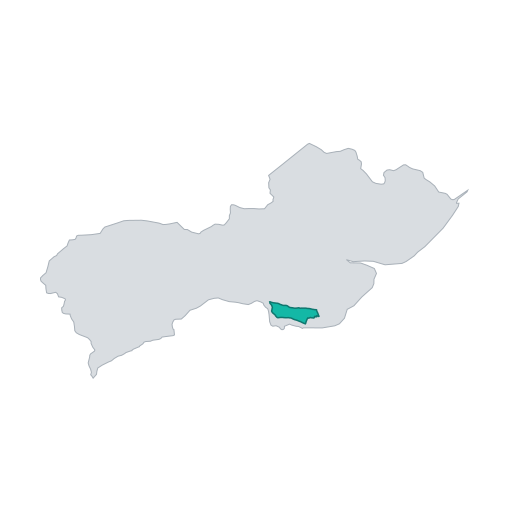 VI-5 Left Bank Upper Canj, East Berbice-Corentyne, Guyana (highlighted), rotated 85°
{"feature_id": "73187651B6333666971836", "entity_name": "VI-5 Left Bank Upper Canj", "entity_type": "district", "adm_level": 2, "iso_a3": "GUY", "parent_name": "Guyana", "parent_adm1": "East Berbice-Corentyne", "projection": "equal_earth", "projection_center": [-57.57, 5.44], "detail": "fine", "context": "in_parent", "style": "filled", "palette": "teal", "viewbox_px": 512, "rotation_deg": 85, "n_neighbors": 0, "source": "geoboundaries", "source_scale": "gbopen_adm2", "svg_char_len": 6097}
<svg xmlns="http://www.w3.org/2000/svg" viewBox="0 0 512 512"><g transform="rotate(85 256 256)"><path d="M176.8,236.4L167.6,222.5L158.3,208.6L149.1,194.8L148.5,193.0L152.4,186.4L155.8,181.7L158.7,179.1L160.0,176.7L159.0,166.6L159.1,163.0L157.8,159.1L156.8,154.7L158.0,151.0L159.4,148.4L161.2,147.4L165.4,146.5L168.5,146.2L169.5,144.7L171.3,143.0L173.6,142.9L178.1,144.1L180.1,141.9L183.9,138.8L192.2,133.6L194.1,130.3L195.4,125.0L195.3,122.5L194.4,121.6L192.4,120.7L189.2,120.6L186.7,122.0L184.0,121.2L181.8,118.0L181.7,115.3L183.0,111.5L182.3,109.0L178.1,101.1L178.2,98.9L181.2,95.3L182.9,92.3L185.3,85.0L187.2,82.6L193.0,81.7L194.5,80.2L197.4,76.3L201.8,71.9L208.2,68.4L210.1,62.0L211.2,60.3L216.3,56.9L217.1,55.1L217.0,53.6L208.9,39.3L210.5,40.2L216.8,49.6L220.3,51.6L221.0,51.6L221.1,49.2L224.3,50.2L232.5,56.6L244.6,67.2L261.5,87.1L266.3,94.7L269.6,98.3L274.6,107.0L276.1,111.2L276.0,128.2L271.5,139.6L270.4,148.3L270.1,159.7L267.5,166.3L271.0,162.7L272.1,152.4L275.0,146.1L278.8,139.2L283.9,137.5L289.4,140.5L293.8,141.0L297.7,143.0L306.0,154.1L314.1,162.8L317.1,169.8L325.7,173.3L330.8,178.8L332.4,183.6L333.4,196.1L331.7,215.0L332.2,216.0L329.9,219.7L329.5,222.1L328.0,226.3L326.8,228.5L328.5,233.8L330.4,234.0L331.2,234.7L331.7,235.7L331.6,236.8L330.8,237.8L328.9,239.1L327.2,242.1L327.4,245.4L326.2,247.1L322.7,248.1L315.7,248.1L312.3,248.3L309.6,248.9L307.8,251.0L305.5,252.5L303.7,252.9L302.1,255.4L300.6,258.9L301.1,261.4L302.7,264.6L303.7,267.9L302.4,273.3L301.0,277.4L300.2,280.6L299.1,286.7L296.5,293.4L294.5,297.2L294.5,301.4L295.5,307.2L301.0,315.8L302.8,319.9L304.3,326.5L309.2,331.7L312.3,335.9L312.0,341.4L312.4,343.1L314.3,344.5L316.7,345.6L319.3,345.5L321.6,345.0L322.1,344.2L327.5,344.1L328.1,345.5L328.4,353.5L328.6,356.7L329.9,358.0L330.6,360.0L330.7,361.8L330.9,366.2L331.7,368.6L331.6,373.3L332.1,375.1L333.6,376.3L335.5,379.7L336.2,380.1L336.5,381.3L338.1,386.2L338.9,387.6L339.5,387.8L339.7,389.5L340.9,394.1L341.7,395.2L343.2,398.5L343.8,402.2L345.8,406.3L347.8,409.1L348.7,412.1L351.3,418.7L353.8,423.4L357.1,424.6L360.0,425.2L361.7,427.0L363.5,428.9L361.6,429.8L359.9,431.0L357.6,430.1L354.4,430.6L351.0,431.9L347.9,432.5L342.1,430.5L340.3,430.2L339.1,429.3L336.7,425.2L335.6,424.7L332.5,426.6L328.7,427.9L326.9,427.7L324.7,429.1L322.7,430.9L318.8,438.9L316.8,441.7L314.7,443.0L310.4,443.0L305.9,443.3L302.5,445.2L299.3,446.2L297.7,446.3L297.1,450.7L296.4,452.7L295.4,453.9L292.9,454.2L290.7,454.1L289.3,452.2L286.8,451.3L284.6,450.7L283.1,449.6L282.0,449.9L281.0,451.7L280.2,453.3L279.5,456.2L276.2,457.1L274.7,458.7L275.5,464.1L275.2,466.2L274.4,467.8L270.4,468.1L266.9,468.0L264.9,470.0L262.4,472.3L260.8,472.7L259.1,472.6L256.7,469.9L254.4,466.6L248.6,464.3L242.9,462.4L239.1,457.2L238.2,454.6L236.5,453.5L232.0,447.2L229.5,443.3L226.9,442.2L223.8,440.5L223.9,437.6L223.7,434.8L222.4,433.7L220.5,433.0L219.9,431.4L220.1,427.7L220.4,418.3L219.9,409.3L215.8,406.2L214.0,404.1L210.9,390.7L209.4,384.7L209.4,380.3L210.4,367.0L211.6,361.2L214.8,349.7L216.6,345.8L216.7,342.9L216.5,339.1L215.6,331.7L221.0,327.1L223.3,325.1L223.7,322.0L226.6,318.0L227.9,314.2L228.9,311.3L228.6,309.7L227.4,308.8L225.9,306.0L222.8,297.9L221.7,296.2L220.7,294.0L221.2,290.4L222.4,286.5L222.3,284.9L220.4,282.8L216.6,279.3L213.4,279.0L210.9,277.7L207.3,277.6L204.4,277.2L202.8,275.9L203.1,273.7L203.8,272.1L206.3,268.0L207.9,263.6L208.1,259.4L208.6,253.8L209.4,248.9L209.7,243.4L205.9,239.8L204.7,236.9L203.1,234.2L201.4,234.2L198.8,233.1L194.7,236.6L191.4,235.9L189.2,237.2L184.1,237.0L180.8,235.3L176.8,236.4Z" fill="#d9dde1" stroke="#a8b0b8" stroke-width="1"/><path d="M327.9,212.8L327.6,212.5L327.3,212.4L326.9,212.2L326.5,212.1L326.1,211.9L325.7,211.8L325.4,211.6L325.0,211.4L324.6,211.2L324.2,211.0L323.7,210.8L323.2,210.5L322.8,210.1L322.3,209.8L322.4,209.3L322.5,208.6L322.2,208.1L322.1,207.6L322.0,207.1L322.3,206.7L322.4,206.1L322.4,205.6L322.6,205.0L322.7,204.4L322.8,203.9L322.5,203.3L322.1,203.1L321.7,203.1L321.3,202.7L321.5,202.1L321.8,201.7L321.8,201.1L321.2,201.2L320.9,201.0L320.9,200.5L321.2,200.0L321.4,199.4L321.7,198.8L321.4,198.5L321.0,198.9L320.0,199.0L319.3,199.2L318.8,199.3L318.3,199.5L317.9,199.6L317.5,199.7L317.1,199.9L316.7,200.1L316.3,200.2L315.8,200.3L315.3,200.4L314.9,200.4L314.7,201.0L314.6,202.0L314.4,202.8L314.2,203.4L314.1,204.2L313.8,205.0L313.6,205.6L313.4,206.2L313.2,206.7L313.0,207.4L312.9,208.1L312.8,208.8L312.7,209.4L312.6,209.9L312.4,210.5L312.3,211.0L312.2,211.6L312.2,212.2L312.1,212.9L312.1,213.5L312.0,214.2L311.9,214.9L311.9,215.7L311.9,216.5L311.7,217.1L311.4,217.6L311.3,218.4L311.4,218.8L311.4,219.4L311.4,220.0L311.5,220.5L311.4,221.1L311.4,221.7L311.3,222.3L311.1,223.0L310.9,223.7L310.7,224.4L310.6,225.0L310.4,225.9L310.2,226.8L310.0,227.3L309.7,227.6L309.3,227.9L309.1,228.3L308.7,228.7L308.4,229.1L308.1,229.6L307.9,230.2L307.8,230.7L307.7,231.5L307.7,232.8L307.5,233.2L307.3,234.0L306.9,234.7L306.6,235.4L306.3,236.1L306.0,236.7L305.6,237.2L305.3,237.7L305.1,238.4L304.9,238.9L304.8,239.6L304.6,240.6L304.4,241.3L304.3,242.0L304.2,242.6L304.0,243.1L303.8,243.7L303.6,244.4L303.4,244.9L303.1,245.3L302.9,245.8L302.9,246.3L303.5,246.2L303.9,246.2L304.3,246.2L304.6,246.0L305.1,245.6L305.5,245.3L306.1,244.9L306.6,244.7L307.1,244.5L307.7,244.4L308.1,244.3L308.7,244.2L309.2,244.2L309.5,244.4L309.9,244.6L310.4,244.7L310.9,244.8L311.3,244.9L311.9,245.2L312.4,245.2L312.9,245.0L313.4,244.8L313.9,244.5L314.4,244.1L314.8,243.6L315.7,242.8L316.0,242.5L316.4,242.1L316.9,241.8L317.4,241.7L317.7,241.4L318.0,241.1L318.4,240.9L318.8,240.6L319.2,240.1L319.4,239.5L319.4,239.0L319.4,238.4L319.3,237.7L319.3,237.2L319.4,236.6L319.4,235.9L319.5,235.2L319.6,234.4L319.8,233.7L319.9,233.0L320.0,232.4L320.1,231.6L320.2,230.7L320.2,229.9L320.2,229.2L320.4,228.5L320.6,227.7L320.7,227.0L320.9,226.4L321.3,225.7L321.6,225.1L322.1,224.5L322.3,224.0L322.5,223.6L322.9,222.8L323.1,222.1L323.5,221.1L323.8,220.4L324.1,219.9L324.3,219.4L324.7,218.8L325.0,218.1L325.2,217.5L325.6,216.9L325.9,216.4L326.3,215.8L326.6,215.2L326.9,214.8L327.2,214.1L327.5,213.5L327.8,213.0L327.9,212.8Z" fill="#14b8a6" stroke="#0f766e" stroke-width="1.5"/></g></svg>